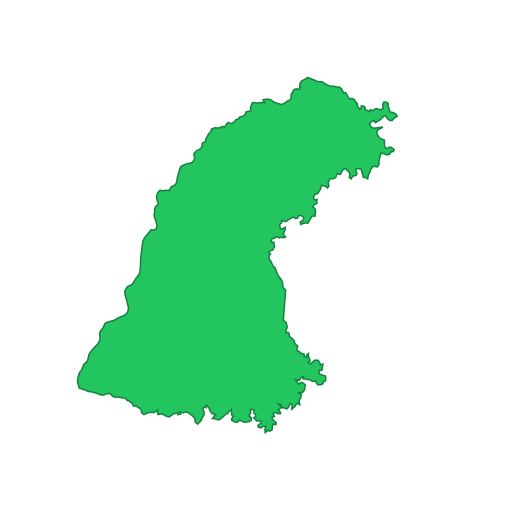 outline of Palmas, Paraná, Brazil, rotated 115°
{"feature_id": "56859067B83950244855736", "entity_name": "Palmas", "entity_type": "district", "adm_level": 2, "iso_a3": "BRA", "parent_name": "Brazil", "parent_adm1": "Paraná", "projection": "mercator", "projection_center": [-51.824, -26.422], "detail": "fine", "context": "isolated", "style": "filled", "palette": "green", "viewbox_px": 512, "rotation_deg": 115, "n_neighbors": 0, "source": "geoboundaries", "source_scale": "gbopen_adm2", "svg_char_len": 6096}
<svg xmlns="http://www.w3.org/2000/svg" viewBox="0 0 512 512"><g transform="rotate(115 256 256)"><path d="M382.4,169.1L381.8,166.2L381.6,163.5L380.0,162.8L375.3,162.7L375.5,160.3L379.8,158.9L375.8,157.0L372.2,157.0L372.3,153.5L368.9,155.9L365.7,155.5L362.1,156.6L362.2,160.1L359.9,156.1L356.7,155.5L351.9,156.9L351.2,159.6L351.6,161.7L354.2,163.5L353.0,165.0L351.3,168.1L350.6,164.2L346.6,163.6L345.3,162.0L347.4,161.6L345.5,154.9L345.7,151.7L344.3,149.4L346.6,145.6L345.4,143.0L343.5,141.3L341.8,141.8L339.5,140.1L335.4,142.2L336.1,147.4L335.7,149.6L332.5,150.2L331.8,148.0L325.6,149.7L327.3,151.3L324.2,155.5L325.5,158.6L330.8,161.0L330.4,164.0L328.4,162.6L326.7,163.8L324.4,166.4L322.2,167.3L324.3,168.3L326.7,167.7L326.6,170.0L324.6,170.9L325.1,174.7L324.2,176.9L324.4,179.1L322.4,179.8L319.9,180.1L319.3,182.7L318.5,184.4L316.8,185.2L315.8,187.6L314.7,191.7L312.9,192.8L311.6,194.2L312.6,196.5L310.5,197.5L307.4,197.5L303.7,200.4L302.6,204.1L274.4,214.7L272.9,218.3L268.4,221.1L267.1,222.6L264.1,228.1L258.4,234.0L258.2,236.0L254.6,240.1L253.3,242.5L251.8,243.7L249.7,244.2L247.9,243.8L247.4,246.0L245.2,245.3L243.5,243.3L239.6,243.1L238.0,244.5L235.9,245.7L237.0,247.4L235.4,248.7L233.5,248.7L232.4,247.2L229.5,245.2L229.9,242.7L228.5,241.4L227.8,238.6L226.2,237.2L225.5,239.6L223.8,240.6L219.6,240.8L217.6,241.6L221.0,244.0L220.5,245.9L217.5,247.9L215.1,246.8L212.8,247.5L212.2,243.4L209.6,242.1L204.8,238.5L205.4,235.9L204.1,234.3L202.0,234.6L200.6,233.2L200.2,230.5L201.2,228.8L203.5,228.5L206.7,230.3L208.5,228.6L206.3,226.8L205.1,225.0L204.2,222.7L201.2,222.7L196.0,222.0L195.0,219.4L192.3,220.2L189.6,221.3L188.1,222.7L187.4,225.4L185.0,224.9L182.4,223.0L180.6,224.1L179.0,224.5L180.3,226.4L179.5,228.4L175.6,228.9L173.3,226.4L167.7,225.8L164.2,226.5L163.4,222.1L164.2,220.1L162.1,219.4L158.9,221.7L154.9,221.6L152.8,218.0L150.8,216.9L147.4,217.6L146.3,213.9L142.4,213.9L140.5,213.4L139.0,211.7L141.0,206.5L142.8,205.2L145.5,204.6L145.8,202.3L143.0,202.2L140.6,199.4L138.7,199.2L136.8,201.6L134.1,202.0L133.7,200.0L132.7,197.6L139.4,191.8L138.4,189.7L138.9,187.4L134.6,188.5L131.5,188.2L129.2,188.7L127.1,188.1L125.3,188.0L123.9,183.6L120.7,183.3L118.1,184.6L110.1,186.4L109.3,183.7L109.1,180.4L107.6,177.9L105.1,178.0L103.1,175.6L101.2,175.8L100.4,178.9L100.8,181.0L103.2,182.5L103.2,184.5L101.5,186.5L99.8,187.0L96.6,188.7L97.1,192.8L96.1,195.4L94.0,197.9L92.0,199.1L90.0,198.7L85.5,195.4L89.9,202.4L90.9,205.3L88.4,209.1L85.2,207.9L83.1,206.1L84.8,204.3L79.5,200.7L74.9,199.2L74.4,197.1L76.1,194.9L76.6,191.7L75.6,189.9L72.3,188.9L69.7,187.0L68.4,188.9L68.0,192.2L68.8,195.5L64.0,199.7L61.9,200.6L61.5,202.8L62.4,205.1L65.0,205.2L68.5,203.3L70.6,204.5L71.2,206.5L71.3,209.0L72.8,210.5L74.9,211.4L74.9,214.0L77.2,214.3L77.0,216.5L77.3,218.5L74.7,220.7L75.2,224.0L76.7,223.4L79.3,223.7L77.3,227.5L75.0,228.7L74.2,230.9L72.6,232.9L72.6,235.2L73.8,237.3L73.2,239.7L71.3,241.8L70.0,244.0L71.1,245.7L68.6,248.7L67.6,251.9L69.0,254.8L69.4,258.1L70.6,259.7L70.9,263.3L70.7,266.1L70.1,269.5L71.8,273.5L72.1,281.4L72.6,285.0L74.4,285.7L77.9,288.5L80.1,289.0L81.8,288.9L85.7,287.1L87.2,288.1L87.4,290.0L88.8,291.7L91.1,292.2L95.1,292.3L97.7,291.1L100.1,291.0L102.4,293.1L105.6,294.7L107.9,296.9L108.5,300.0L109.0,305.1L108.2,307.6L108.5,310.5L109.7,313.2L111.3,315.6L113.6,313.0L114.2,315.4L117.0,319.7L117.4,321.9L118.6,324.0L123.0,323.9L126.6,322.1L129.7,326.0L131.9,325.6L134.8,326.8L137.0,329.6L139.6,330.0L140.6,331.5L144.4,332.8L146.7,334.5L146.5,337.6L148.3,338.3L152.4,339.0L152.7,341.2L155.0,342.9L156.4,345.2L157.1,347.5L160.0,350.1L161.7,349.3L165.5,350.6L170.9,350.8L174.0,350.2L176.4,352.4L179.0,351.5L181.5,351.3L183.9,352.7L185.1,354.1L189.5,355.6L191.5,354.3L192.9,353.1L195.3,352.6L198.0,353.4L199.9,355.1L201.1,357.1L204.3,360.2L205.7,361.3L207.7,362.1L217.9,360.5L221.5,359.4L224.1,359.1L225.8,359.4L229.1,362.0L233.4,362.4L234.5,365.4L236.3,368.0L236.9,370.6L239.8,371.9L244.0,371.3L245.7,370.4L247.7,368.8L249.6,366.7L251.3,366.8L253.7,367.9L256.8,367.6L259.4,366.1L261.5,365.9L263.7,364.5L265.9,362.2L270.5,358.3L273.6,357.8L275.7,359.6L276.6,362.2L287.1,364.8L289.9,364.8L294.4,363.6L305.5,360.0L316.9,355.3L320.7,354.3L322.6,354.3L327.3,355.4L332.0,355.9L334.5,356.5L338.2,359.6L343.5,360.1L347.0,357.8L352.6,353.0L356.6,349.9L359.6,348.8L362.0,348.8L365.1,349.9L370.0,354.5L373.7,356.9L379.6,363.6L381.3,364.4L385.4,364.2L389.2,365.1L391.9,365.2L395.9,362.9L397.8,362.1L399.9,361.9L402.2,362.2L410.4,364.9L415.6,365.8L422.0,364.4L427.2,366.2L433.2,365.8L435.5,366.6L438.2,366.6L443.5,365.4L445.7,364.5L450.5,360.2L449.5,353.2L449.8,350.8L448.8,348.5L447.8,342.9L447.7,339.4L447.1,336.6L445.9,335.0L443.0,332.0L442.5,329.3L443.5,327.2L443.8,324.9L441.9,320.9L441.6,318.7L440.4,315.6L440.4,313.6L441.4,311.7L440.9,309.7L442.2,305.1L443.9,303.8L442.5,301.0L443.2,298.9L443.1,296.5L444.3,294.8L446.4,293.5L447.1,290.5L444.8,288.7L442.5,286.1L441.3,282.8L437.3,279.9L439.3,279.3L441.1,277.7L439.2,275.4L438.9,273.0L439.1,269.6L438.5,266.5L434.0,264.2L432.9,262.6L431.4,261.1L432.9,259.8L431.2,257.5L429.5,259.5L429.1,256.0L427.1,253.9L426.6,251.2L427.1,248.5L428.8,242.8L432.2,240.9L433.0,237.9L428.1,236.0L425.6,236.6L423.6,236.1L421.6,236.1L419.1,237.3L417.6,239.3L415.0,239.5L414.6,237.4L412.1,238.0L413.7,234.4L416.4,231.3L417.5,229.1L416.6,225.4L419.0,226.3L421.8,226.7L420.8,224.9L420.7,222.0L420.1,220.2L416.7,218.3L412.2,216.6L411.0,215.3L408.0,214.6L405.5,213.5L410.4,210.8L410.9,208.8L413.1,209.3L415.0,208.9L415.4,206.5L415.2,204.1L414.4,202.4L411.7,201.6L411.6,196.4L409.3,192.6L407.3,190.8L404.7,191.9L403.9,194.9L401.0,194.4L399.0,195.2L397.5,196.2L396.1,193.3L399.6,191.0L400.0,189.1L401.7,188.6L403.7,189.7L405.2,185.4L403.3,182.0L404.8,180.8L408.8,182.6L410.1,181.5L409.8,178.9L407.7,177.8L406.2,175.1L409.6,174.6L412.2,173.0L408.8,171.4L409.0,169.6L406.8,167.9L404.5,168.9L401.1,169.5L400.3,166.6L398.5,167.3L396.8,172.8L394.8,173.0L393.7,171.4L391.4,174.2L390.0,173.0L389.5,171.2L389.7,169.3L388.4,167.1L386.8,168.5L386.1,170.8L382.4,169.1ZM382.4,169.1L380.7,173.0L380.4,170.2L382.4,169.1Z" fill="#22c55e" stroke="#15803d" stroke-width="1.5"/></g></svg>